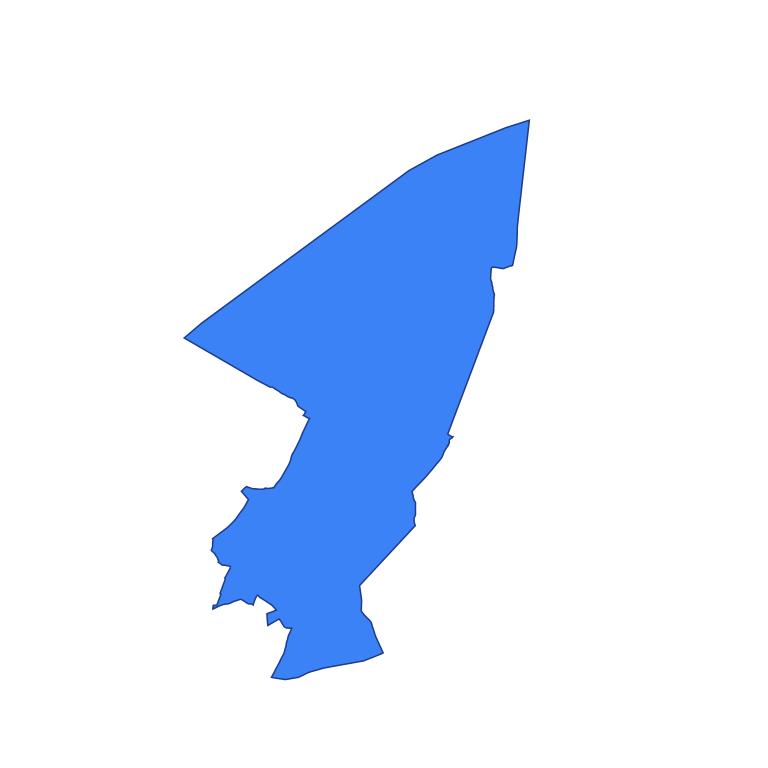 outline of Huizen, Noord-Holland, Netherlands, rotated 312°
{"feature_id": "6326949B75136097066874", "entity_name": "Huizen", "entity_type": "district", "adm_level": 2, "iso_a3": "NLD", "parent_name": "Netherlands", "parent_adm1": "Noord-Holland", "projection": "equal_earth", "projection_center": [5.224, 52.296], "detail": "fine", "context": "isolated", "style": "filled", "palette": "blue", "viewbox_px": 768, "rotation_deg": 312, "n_neighbors": 0, "source": "geoboundaries", "source_scale": "gbopen_adm2", "svg_char_len": 6019}
<svg xmlns="http://www.w3.org/2000/svg" viewBox="0 0 768 768"><g transform="rotate(312 384 384)"><path d="M284.5,204.7L301.8,286.8L304.9,299.2L305.4,301.3L307.0,303.2L307.2,304.5L307.2,305.0L307.8,308.1L307.8,308.6L308.0,309.6L308.3,310.5L308.4,311.1L308.3,312.4L308.5,313.5L308.8,315.4L309.4,316.5L309.7,317.4L310.2,320.8L310.7,322.3L311.5,324.2L311.9,325.0L312.2,325.6L312.3,325.8L312.4,326.5L312.5,326.8L312.5,327.5L312.5,327.9L312.5,329.0L312.2,330.1L311.9,330.6L311.8,331.2L311.3,332.3L309.9,334.8L311.2,344.3L308.6,344.9L307.6,345.0L306.6,345.1L307.1,346.5L307.3,347.9L307.5,348.9L307.8,349.9L308.1,350.7L308.6,351.7L305.2,352.6L299.3,354.4L293.5,356.1L286.1,358.8L278.1,361.1L274.6,362.0L270.5,362.8L268.9,363.5L268.5,363.6L267.1,364.3L266.0,364.9L265.5,365.2L264.6,365.7L263.8,366.0L263.6,366.1L263.1,366.2L262.6,366.5L259.7,367.3L258.5,367.6L257.5,367.8L255.7,368.2L253.8,368.6L248.8,369.7L246.0,370.3L243.2,370.7L241.6,370.8L239.5,370.7L237.5,370.8L235.4,371.1L234.2,371.5L233.7,371.5L233.8,371.4L233.3,371.2L231.7,370.3L228.8,367.8L228.2,367.0L227.4,365.6L227.1,365.3L226.1,365.4L225.6,365.0L224.1,363.6L222.2,361.6L221.1,359.9L218.4,356.5L218.2,356.3L216.2,351.6L216.1,351.2L216.0,350.8L216.0,350.7L214.9,350.3L213.9,350.1L208.8,349.8L208.2,354.5L207.4,360.6L198.4,362.7L190.7,363.4L186.7,363.9L182.0,364.3L172.6,363.7L154.3,360.1L152.8,362.2L152.1,362.4L149.9,364.2L149.5,364.6L148.0,365.7L144.9,366.8L144.6,368.2L144.7,369.4L144.7,370.1L144.7,371.2L144.6,371.9L144.3,372.5L144.0,373.8L143.6,375.6L143.4,376.5L143.2,376.9L142.9,377.3L142.7,377.7L142.5,378.0L141.9,379.2L141.8,379.7L140.7,379.9L141.1,384.7L141.4,385.2L142.8,387.1L145.2,390.9L145.3,391.1L145.4,391.4L145.4,391.7L145.4,391.9L145.4,392.0L145.2,392.3L144.9,392.5L144.5,392.8L144.0,392.9L143.4,393.1L135.4,395.1L133.2,395.5L133.1,395.8L133.0,396.2L132.8,396.5L132.6,396.7L132.4,396.8L132.1,396.9L118.6,402.3L118.5,402.7L118.6,402.9L118.7,403.0L118.5,403.3L118.4,403.4L118.3,403.6L117.1,404.1L107.8,407.7L107.7,407.7L105.5,405.4L105.4,405.3L105.1,405.3L103.7,406.3L103.8,406.3L104.0,406.5L103.9,406.7L103.4,407.4L103.3,407.5L103.2,407.4L102.7,407.2L102.4,407.2L102.2,407.4L106.1,409.1L107.7,409.6L107.9,409.7L111.3,411.4L112.9,412.3L113.2,412.5L113.4,412.7L115.2,414.3L115.4,414.5L116.6,415.4L117.7,416.1L119.7,417.0L123.2,418.5L124.2,419.3L124.9,419.6L127.5,421.1L127.8,421.2L128.0,421.3L128.1,421.5L128.5,422.5L129.2,426.2L129.4,428.3L129.6,429.1L129.9,430.1L130.2,430.8L131.6,432.3L131.7,432.6L131.9,432.9L132.0,433.3L132.1,433.5L132.2,434.7L134.2,433.7L135.0,433.4L136.6,432.7L139.2,431.8L142.2,431.1L142.6,431.7L142.6,432.5L142.2,434.1L142.7,436.5L143.5,440.8L144.4,447.7L144.7,447.8L144.1,455.0L144.0,455.3L140.6,453.7L134.9,450.7L129.3,456.5L127.7,458.2L127.3,458.7L126.8,459.3L139.1,463.2L138.8,465.8L137.9,468.6L137.3,470.5L137.0,471.5L136.9,472.5L137.1,473.7L137.5,474.8L138.1,475.7L139.0,476.8L140.8,478.8L136.3,480.4L133.5,481.2L132.7,481.5L131.3,482.2L129.3,483.4L128.3,483.8L126.7,484.5L126.1,484.8L125.8,485.0L124.5,485.9L123.7,486.5L121.0,487.8L120.2,488.2L119.2,488.8L117.6,489.5L116.4,490.0L110.4,491.5L106.6,492.7L100.2,494.2L95.6,495.5L90.7,496.6L91.5,498.0L94.9,503.3L96.9,506.3L98.1,508.1L98.4,508.4L98.7,508.7L102.5,511.8L105.0,513.7L108.6,516.6L112.6,518.3L115.1,519.3L119.0,520.9L122.2,522.7L126.5,525.5L132.1,529.0L133.5,530.0L143.9,538.0L144.5,538.5L145.2,539.0L154.5,546.3L160.5,550.9L161.8,552.0L162.5,552.5L164.3,554.0L165.6,554.6L166.9,555.2L167.9,555.7L170.4,557.0L180.9,562.2L181.2,562.4L183.1,563.1L183.6,563.3L185.9,558.1L187.2,555.0L189.1,550.6L190.5,547.5L191.4,545.5L192.5,543.8L193.8,541.6L195.5,538.5L195.8,537.9L197.7,535.0L198.2,534.1L198.3,533.5L198.5,532.8L198.7,531.3L199.0,526.5L199.2,523.7L199.5,521.8L200.1,519.0L208.4,512.0L217.9,500.7L255.3,501.3L298.3,502.0L299.7,502.0L300.5,500.6L301.2,499.5L301.8,498.7L302.2,498.2L302.4,498.0L303.7,496.8L304.4,496.2L304.6,496.1L305.7,495.7L307.5,495.1L307.8,494.9L308.0,494.8L308.2,494.6L308.6,494.3L309.9,493.1L310.5,492.6L312.2,491.0L314.1,489.3L315.2,488.3L316.9,486.8L317.0,486.6L317.2,486.3L317.2,486.1L317.8,484.4L318.3,483.1L318.4,482.9L318.6,482.7L319.3,481.8L319.8,481.2L320.8,480.1L321.1,479.4L322.7,477.1L322.9,476.7L330.3,476.8L338.5,477.1L341.0,477.2L341.7,477.2L353.9,476.9L356.0,476.7L358.6,476.7L359.8,476.6L363.8,476.5L365.3,476.4L367.6,476.2L368.2,476.1L369.5,475.6L370.9,475.2L373.8,474.0L376.2,473.5L379.8,473.0L381.2,472.9L381.0,472.5L383.4,472.2L383.7,472.1L384.0,471.9L384.2,471.7L385.4,470.5L385.9,470.2L386.2,470.0L386.6,470.0L387.7,470.1L388.7,470.3L389.8,470.7L390.4,470.6L390.6,470.6L390.9,470.5L390.6,470.3L390.4,470.2L389.4,465.7L389.4,465.3L389.4,465.2L389.5,465.1L389.6,464.9L390.0,464.7L390.4,464.5L411.3,456.3L429.4,449.2L451.0,440.8L470.4,433.2L472.2,432.4L476.7,430.7L480.2,429.4L481.6,428.8L483.5,428.0L500.9,421.2L510.4,417.5L511.2,416.9L511.8,416.6L512.2,416.1L512.9,415.6L513.3,415.1L513.9,414.7L514.5,414.2L515.1,413.8L515.6,413.4L516.0,412.9L517.3,411.7L517.9,411.2L518.9,410.2L519.6,409.8L520.1,409.4L520.5,409.0L521.1,408.6L522.2,407.7L522.8,407.2L523.3,407.0L524.3,406.2L524.5,406.1L525.2,404.8L525.2,404.5L526.1,403.4L526.3,402.9L526.8,402.0L527.5,401.3L527.9,400.7L528.5,400.3L529.4,398.9L529.6,398.5L529.8,398.1L530.5,397.4L531.3,396.6L531.6,395.8L532.1,395.3L532.3,395.0L532.3,394.5L532.5,394.2L534.0,392.4L534.3,392.0L534.6,391.8L535.2,391.5L535.9,390.9L536.6,390.3L537.8,389.3L539.4,388.1L541.5,386.5L542.0,386.4L542.7,386.2L542.9,386.2L543.5,386.4L543.9,387.2L544.3,387.6L544.6,387.7L545.2,388.5L545.3,388.9L545.9,389.8L546.0,389.9L546.2,390.1L546.5,390.5L546.9,391.3L547.3,392.0L547.5,392.3L548.0,393.1L548.4,393.5L549.0,394.8L549.4,395.2L549.9,395.7L551.5,396.4L553.4,397.4L554.2,397.9L555.4,398.4L556.2,398.8L556.8,399.5L557.4,399.8L557.8,400.1L558.1,400.2L561.9,398.0L568.3,394.3L572.3,392.1L574.9,390.5L577.3,388.7L584.5,382.7L589.6,378.3L597.2,372.7L677.3,315.5L656.1,303.1L589.6,270.2L559.2,259.7L454.1,238.0L307.5,207.8L284.5,204.7Z" fill="#3b82f6" stroke="#1e3a8a" stroke-width="1.5"/></g></svg>